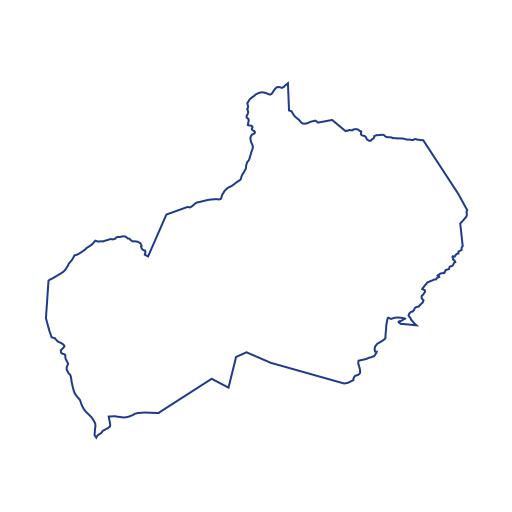 outline of Santa María Ozolotepec, Oaxaca, Mexico, rotated 86°
{"feature_id": "50627088B11851722089063", "entity_name": "Santa María Ozolotepec", "entity_type": "district", "adm_level": 2, "iso_a3": "MEX", "parent_name": "Mexico", "parent_adm1": "Oaxaca", "projection": "equal_earth", "projection_center": [-96.359, 16.098], "detail": "fine", "context": "isolated", "style": "outline", "palette": "blue", "viewbox_px": 512, "rotation_deg": 86, "n_neighbors": 0, "source": "geoboundaries", "source_scale": "gbopen_adm2", "svg_char_len": 6042}
<svg xmlns="http://www.w3.org/2000/svg" viewBox="0 0 512 512"><g transform="rotate(86 256 256)"><path d="M208.3,49.8L152.2,81.1L151.9,82.7L151.9,84.1L151.4,85.1L151.3,86.0L151.3,86.8L150.6,88.3L150.5,89.4L150.6,90.2L151.0,90.7L151.2,91.0L151.3,92.0L151.1,92.8L150.6,94.3L150.4,97.1L150.2,98.2L149.5,99.7L149.2,100.8L148.9,102.7L148.6,105.4L148.6,106.3L148.2,109.1L148.0,109.8L148.0,111.2L147.7,111.5L147.1,112.9L146.9,114.2L146.6,116.7L146.4,117.7L146.2,118.1L145.0,119.3L144.3,120.0L144.0,120.7L143.9,121.3L143.9,124.0L144.0,125.8L143.9,127.5L144.1,128.2L144.4,128.8L144.7,129.3L144.8,129.8L145.8,129.8L146.4,130.1L147.2,131.0L147.5,131.8L148.1,132.7L149.0,133.5L149.1,133.9L149.1,134.2L149.0,134.9L147.8,136.8L147.4,137.3L145.7,137.8L144.6,138.4L144.1,139.0L143.4,140.7L143.2,141.5L142.9,142.0L142.4,142.6L141.8,142.8L141.0,142.8L140.2,142.7L139.4,142.3L139.1,142.4L138.8,142.7L138.6,143.5L138.3,144.0L136.9,145.6L136.5,146.8L136.4,149.0L136.7,150.3L137.3,150.7L137.3,151.2L137.1,153.0L136.9,153.4L136.8,153.7L137.0,154.6L137.4,155.5L137.5,155.9L137.3,156.3L137.3,156.6L137.3,157.0L137.5,157.3L137.7,157.9L125.6,170.6L127.2,184.4L127.2,184.8L125.1,187.4L125.9,192.2L127.3,196.1L127.4,198.9L126.9,200.5L125.5,202.0L123.2,203.6L119.8,207.3L117.0,209.1L114.1,210.5L113.1,212.9L85.9,212.1L87.0,213.6L87.6,214.7L89.2,216.3L90.1,218.5L89.2,220.7L89.0,223.2L90.2,224.8L92.0,226.5L95.4,229.1L96.0,230.7L95.4,232.4L94.2,234.4L93.6,236.4L93.1,238.3L93.3,240.8L93.8,242.7L95.0,245.3L96.1,246.5L97.4,248.8L99.4,251.4L102.9,254.0L104.8,253.7L106.6,253.4L107.8,253.8L108.9,254.6L110.3,254.0L112.1,253.7L114.2,254.6L116.1,255.8L117.5,255.5L118.8,253.9L120.6,253.9L123.1,254.6L124.7,255.0L125.4,253.3L125.8,251.3L127.1,250.4L128.7,251.3L129.9,251.0L130.7,250.0L131.1,249.2L132.2,248.4L133.3,248.7L133.8,249.5L134.7,251.6L135.3,252.2L136.9,253.0L138.1,253.4L139.2,253.3L140.7,253.2L142.0,252.9L144.0,252.2L145.6,251.7L147.0,251.5L149.2,252.1L152.2,253.5L153.4,253.8L155.4,254.6L157.0,255.3L158.1,255.6L159.6,256.2L161.9,258.3L164.7,259.4L167.0,259.8L168.2,260.1L168.8,260.4L170.0,261.4L171.5,262.1L173.4,263.7L176.0,265.1L177.0,265.3L177.8,265.6L179.0,266.5L181.2,270.4L182.6,272.4L184.5,275.5L185.3,277.6L186.2,279.6L187.8,281.6L189.3,283.2L190.7,284.0L192.5,285.5L194.4,286.1L196.3,286.9L196.8,287.6L197.0,289.2L196.5,291.5L196.5,296.8L196.7,299.8L197.5,304.9L198.3,309.1L198.4,311.1L199.6,313.3L200.8,314.9L201.7,316.0L202.5,317.4L202.9,318.5L202.3,320.9L208.4,342.5L248.9,363.7L246.9,366.9L244.3,366.0L242.9,366.3L242.3,367.8L241.8,368.6L240.3,369.6L238.7,370.0L238.0,369.4L236.4,369.9L235.0,370.7L233.6,372.9L232.9,375.7L232.8,378.0L232.1,379.1L230.9,380.3L229.9,381.0L229.5,382.9L228.1,384.0L227.3,385.4L227.1,387.7L227.6,390.5L227.3,392.4L227.8,394.1L228.9,395.2L229.5,397.5L229.2,398.5L229.0,400.3L229.9,403.9L230.2,405.6L230.8,407.7L230.5,409.8L230.6,411.1L230.7,412.2L229.5,415.2L232.5,418.2L233.7,419.8L236.3,424.6L237.9,426.3L241.2,432.1L242.4,435.0L242.7,437.1L243.6,437.5L247.0,439.8L249.3,442.0L250.6,443.3L252.7,444.4L256.9,447.6L258.5,449.6L260.0,452.3L261.4,455.1L262.4,457.0L263.6,459.5L264.3,460.9L265.0,462.9L266.1,464.7L303.4,469.9L316.1,467.4L318.8,466.6L322.8,465.6L324.1,462.2L324.9,461.9L325.9,460.9L327.3,459.9L328.3,458.4L328.7,457.3L329.2,456.5L330.2,455.1L331.4,453.9L332.6,453.4L333.9,454.3L336.4,457.3L338.7,457.3L339.8,456.2L340.5,454.4L341.2,453.3L342.4,453.2L343.3,453.3L345.7,453.0L347.5,452.1L350.5,450.9L351.8,451.7L353.7,452.5L355.4,452.8L357.0,452.6L358.4,451.7L360.0,451.1L361.6,449.6L363.6,449.1L366.3,448.8L367.9,448.8L373.0,448.1L378.2,447.1L380.0,446.5L383.0,444.9L385.1,443.4L386.9,441.9L388.9,441.2L390.8,440.8L393.6,439.8L396.8,438.4L399.2,436.8L405.3,431.4L408.6,429.5L411.8,428.1L414.4,428.0L417.5,428.7L421.1,429.2L423.3,429.6L426.1,428.0L425.5,427.6L424.6,427.1L423.7,426.3L421.9,422.8L419.8,421.1L418.0,417.2L417.4,415.7L415.9,413.5L413.9,413.2L405.9,414.1L406.0,407.8L406.8,405.0L407.0,403.2L407.6,401.0L407.9,398.1L407.6,395.4L407.2,393.4L406.6,391.6L406.1,389.9L405.4,388.9L404.9,387.7L404.7,386.3L404.4,384.9L404.4,383.5L404.4,381.4L404.4,379.7L404.4,377.8L405.9,364.0L405.2,363.2L375.4,308.8L385.4,292.6L355.3,282.9L351.4,272.2L363.6,248.7L389.3,177.1L389.2,175.6L389.1,174.0L388.7,172.7L388.3,171.4L387.7,170.2L386.6,167.5L385.4,167.5L384.5,166.9L383.4,166.4L382.6,165.6L382.1,164.2L381.8,162.6L380.9,161.2L380.0,160.4L378.8,160.2L376.5,160.2L372.8,160.9L370.8,161.5L369.3,161.4L367.6,161.0L366.6,154.3L366.2,152.4L365.5,150.9L365.0,148.0L364.5,146.5L364.2,145.2L361.2,142.8L359.9,142.3L359.6,143.9L358.1,144.1L356.2,144.0L354.4,143.4L352.0,141.1L350.7,138.4L348.8,134.8L347.5,133.0L346.4,132.5L345.5,132.5L342.0,132.0L338.3,131.4L334.3,130.9L329.9,129.8L327.1,128.9L326.8,128.4L327.3,127.4L328.2,125.5L328.0,124.7L327.7,123.9L327.5,122.6L327.2,121.1L327.3,118.3L327.7,115.8L327.9,114.7L328.4,113.3L328.6,112.1L328.9,111.7L329.2,112.1L329.3,113.0L329.6,113.7L330.0,113.9L330.4,114.6L330.8,115.5L331.0,116.5L331.1,117.4L331.4,118.3L331.9,118.3L332.5,118.0L332.9,117.3L333.8,116.3L334.3,112.7L336.3,100.8L334.2,102.8L331.8,104.5L330.3,105.8L328.8,106.1L327.7,107.0L326.0,108.0L324.2,107.2L322.6,105.4L322.3,103.6L321.0,102.2L319.6,101.6L318.9,101.0L318.1,99.7L317.8,97.3L315.8,95.2L314.1,93.0L311.9,92.0L309.9,93.6L308.5,93.6L307.4,93.5L306.1,91.9L303.4,89.8L301.8,90.1L301.5,90.8L300.6,92.5L299.0,91.2L296.8,89.2L295.5,87.8L294.5,87.2L294.0,85.9L293.7,84.9L293.2,83.7L292.5,81.2L291.9,80.0L291.9,78.1L290.2,76.7L289.7,74.7L288.9,75.1L288.1,76.1L287.5,75.3L287.3,74.4L286.6,73.8L286.2,72.3L286.1,71.0L286.2,69.5L285.7,68.9L285.0,68.9L284.1,68.2L283.2,67.7L282.5,64.4L280.3,63.6L279.9,62.9L279.8,61.7L279.5,60.8L278.3,59.8L276.6,58.9L276.0,57.6L274.4,58.2L273.9,59.0L273.0,59.7L272.4,59.6L270.7,60.1L270.0,59.7L270.5,57.9L269.0,56.8L268.0,55.8L267.6,53.9L266.7,53.9L265.7,53.7L264.3,50.5L263.3,50.4L262.4,50.4L261.6,50.0L260.5,49.1L237.8,50.0L235.2,47.1L234.1,46.0L232.6,44.7L231.6,43.6L229.9,42.8L227.9,42.8L226.3,42.9L225.0,42.1L208.3,49.8Z" fill="none" stroke="#1e3a8a" stroke-width="2"/></g></svg>